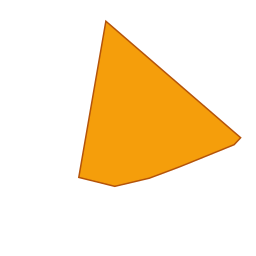 the district of 4, Ad Dawhah, Qatar, rotated 313°
{"feature_id": "91078587B32621673387065", "entity_name": "4", "entity_type": "district", "adm_level": 2, "iso_a3": "QAT", "parent_name": "Qatar", "parent_adm1": "Ad Dawhah", "projection": "robinson", "projection_center": [51.536, 25.281], "detail": "fine", "context": "isolated", "style": "filled", "palette": "amber", "viewbox_px": 256, "rotation_deg": 313, "n_neighbors": 0, "source": "geoboundaries", "source_scale": "gbopen_adm2", "svg_char_len": 274}
<svg xmlns="http://www.w3.org/2000/svg" viewBox="0 0 256 256"><g transform="rotate(313 128 128)"><path d="M58.3,125.7L76.3,158.1L98.8,173.1L105.8,177.8L135.4,192.5L188.2,217.0L197.7,217.0L191.0,39.0L58.3,125.7Z" fill="#f59e0b" stroke="#b45309" stroke-width="1.5"/></g></svg>